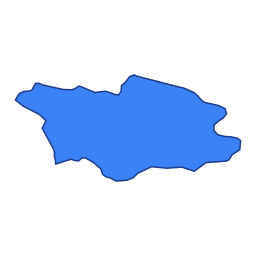 the Region of Racha-Lechkhumi-Kvemo Svaneti
{"feature_id": "GEO-3035", "entity_name": "Racha-Lechkhumi-Kvemo Svaneti", "entity_type": "Region", "adm_level": 1, "iso_a3": "GEO", "parent_name": "Georgia", "parent_adm1": "", "projection": "robinson", "projection_center": [43.138, 42.637], "detail": "fine", "context": "isolated", "style": "filled", "palette": "blue", "viewbox_px": 256, "rotation_deg": 0, "n_neighbors": 0, "source": "natural_earth", "source_scale": "10m", "svg_char_len": 1031}
<svg xmlns="http://www.w3.org/2000/svg" viewBox="0 0 256 256"><path d="M164.9,83.4L178.5,86.9L183.9,88.1L193.9,92.5L196.3,94.5L202.3,100.9L205.0,102.5L218.5,105.5L222.3,107.3L225.0,108.5L226.6,113.7L223.3,118.0L218.2,121.3L214.2,124.9L213.7,130.2L217.9,134.8L224.4,136.4L231.5,136.9L237.3,138.3L240.6,140.6L239.8,149.7L232.1,154.7L229.0,159.9L226.2,161.1L206.0,162.6L194.2,171.3L191.2,170.2L190.9,170.1L181.8,167.1L167.0,168.2L151.6,166.7L137.9,173.2L132.8,178.0L126.7,180.3L116.3,181.1L109.4,177.6L106.3,177.0L102.6,174.4L100.8,168.8L93.4,162.5L85.5,157.9L81.9,158.0L78.6,160.9L74.8,160.6L71.2,159.2L55.7,164.0L55.5,160.2L54.4,156.8L54.4,152.3L53.1,148.2L42.2,128.2L46.0,120.7L39.5,114.6L23.3,106.2L15.4,100.0L19.0,93.8L23.6,91.5L28.9,91.1L30.7,90.7L32.2,89.6L33.8,86.3L35.6,83.3L39.2,83.4L42.8,85.0L63.3,89.5L71.8,89.8L75.7,88.2L77.4,86.9L79.3,86.0L95.0,92.5L105.6,91.2L114.5,94.3L118.6,95.0L121.1,91.2L121.5,85.6L124.8,82.9L129.7,76.6L134.4,74.9L137.2,76.3L164.9,83.4Z" fill="#3b82f6" stroke="#1e3a8a" stroke-width="1.5"/></svg>